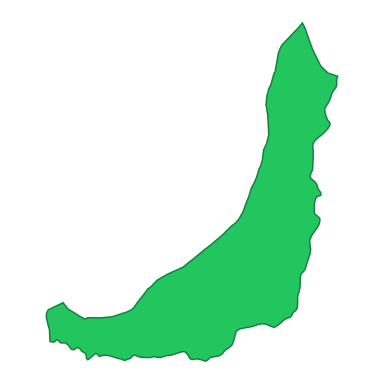 the district of El Quetzal, San Marcos, Guatemala
{"feature_id": "79465075B99595855877041", "entity_name": "El Quetzal", "entity_type": "district", "adm_level": 2, "iso_a3": "GTM", "parent_name": "Guatemala", "parent_adm1": "San Marcos", "projection": "natural_earth1", "projection_center": [-91.827, 14.794], "detail": "fine", "context": "isolated", "style": "filled", "palette": "green", "viewbox_px": 384, "rotation_deg": 0, "n_neighbors": 0, "source": "geoboundaries", "source_scale": "gbopen_adm2", "svg_char_len": 4325}
<svg xmlns="http://www.w3.org/2000/svg" viewBox="0 0 384 384"><path d="M218.5,356.0L219.8,355.3L221.4,354.5L222.6,353.4L223.8,351.8L225.4,350.0L226.5,349.2L228.2,348.3L229.8,347.0L231.0,346.0L231.9,344.9L232.7,343.3L233.6,341.0L234.7,337.0L235.2,334.7L235.8,332.6L236.3,331.4L238.5,329.6L240.8,328.6L243.9,328.0L252.9,326.4L255.4,325.5L258.0,324.4L259.6,324.2L261.6,323.9L263.4,323.8L265.0,324.0L266.7,324.4L268.3,325.1L269.8,325.8L270.9,326.3L272.2,326.8L273.3,327.1L274.5,327.1L275.5,326.8L276.9,325.9L279.8,323.7L283.6,320.3L285.4,319.0L287.1,318.2L289.8,317.3L290.7,316.8L291.6,315.6L292.7,313.7L293.3,312.5L294.2,311.5L295.4,310.7L296.5,309.4L297.1,308.2L297.5,305.4L297.5,304.1L297.7,300.4L297.6,298.4L297.7,296.1L298.0,294.6L298.9,292.4L299.5,289.8L299.9,288.0L300.2,283.9L300.3,279.8L300.3,278.0L300.4,276.2L300.7,275.1L301.3,273.7L303.1,271.9L304.6,270.1L305.7,267.6L306.8,263.7L307.7,260.7L308.8,257.5L310.0,254.1L310.3,252.8L310.5,251.0L310.6,248.9L310.1,245.8L309.7,241.7L309.8,240.2L310.3,238.7L311.8,235.3L314.2,231.8L317.1,227.8L318.9,224.6L319.5,222.6L319.9,221.0L319.8,219.7L319.6,218.1L317.8,216.4L316.2,215.2L315.3,214.5L314.4,213.2L314.3,211.7L314.3,207.8L314.5,203.9L314.7,202.0L315.0,200.6L315.5,199.1L316.0,197.8L317.0,196.8L318.0,196.2L319.6,195.6L320.7,195.4L321.0,193.8L320.5,192.1L319.6,191.1L318.6,189.6L318.0,188.6L317.5,187.1L317.3,186.0L316.6,184.2L316.0,183.2L315.3,182.3L314.4,181.4L313.1,180.4L312.1,179.6L311.3,178.8L310.6,177.9L310.2,176.7L310.4,174.7L311.1,173.0L312.0,171.1L312.6,169.1L312.9,164.0L313.1,158.1L313.2,151.1L313.0,149.0L312.8,147.0L312.8,145.7L313.0,144.4L313.5,142.9L314.5,141.2L316.5,139.1L319.4,136.6L322.6,134.1L326.1,130.6L328.0,128.4L329.0,126.7L329.8,125.4L330.0,123.8L329.5,122.2L328.8,121.5L327.8,120.4L327.2,119.5L326.6,117.5L325.6,114.5L325.1,112.7L324.8,111.0L324.8,109.8L324.9,108.6L325.3,107.3L326.2,105.9L327.6,103.9L329.5,100.5L330.6,97.7L331.4,95.0L332.1,93.2L333.0,91.3L334.2,89.5L335.9,87.5L336.6,85.7L336.7,83.1L336.6,80.1L336.8,78.8L337.7,76.3L327.9,73.0L323.5,68.8L320.7,66.0L319.3,63.2L313.5,51.4L311.7,47.0L309.6,41.2L307.2,34.4L305.6,29.8L304.1,26.1L302.3,23.0L297.9,28.3L282.1,44.8L280.7,47.3L278.4,53.1L276.3,64.8L275.1,71.8L274.1,73.1L271.5,82.4L271.1,84.1L270.7,85.2L268.8,88.5L267.9,92.6L267.0,95.4L266.0,104.6L267.7,114.5L268.8,134.7L266.7,143.3L263.6,149.8L262.4,159.7L260.5,166.5L259.3,168.1L256.6,177.3L253.6,184.0L251.4,187.8L248.8,196.6L245.8,203.8L244.2,208.8L242.4,212.8L240.6,216.1L238.8,219.2L236.2,222.3L233.3,224.7L231.9,225.6L229.5,228.1L226.0,231.2L224.3,233.2L221.5,235.9L216.4,240.1L211.2,244.5L203.5,250.5L195.6,257.1L189.1,262.2L182.9,267.2L168.0,274.0L157.4,280.0L154.7,282.7L153.6,284.0L150.3,287.3L147.9,288.8L144.7,293.2L136.6,303.6L135.0,305.9L134.1,307.3L132.9,308.5L131.2,309.9L129.7,310.6L128.1,311.4L126.9,312.0L112.0,316.8L100.0,317.9L87.8,317.7L85.1,319.1L80.3,316.6L67.6,308.7L63.1,302.6L61.3,303.6L53.9,307.0L49.9,309.0L48.2,309.9L47.3,311.6L46.5,314.0L46.3,317.3L48.3,325.9L49.4,329.2L50.0,341.6L51.4,341.8L52.7,342.0L53.8,342.1L55.2,341.2L56.1,340.1L57.4,339.8L59.2,341.1L59.8,342.2L60.9,342.9L62.2,343.0L63.4,342.9L64.8,342.8L65.7,343.0L68.1,344.9L71.0,348.8L72.1,349.6L73.2,349.7L74.2,349.6L76.1,348.2L76.9,347.6L78.7,347.8L79.9,348.7L80.5,349.6L81.2,350.6L82.7,351.9L84.1,352.4L85.3,353.3L85.8,354.2L86.2,355.8L86.4,357.4L86.6,358.5L87.7,359.7L88.7,359.3L90.0,358.2L91.6,356.7L93.8,354.8L94.6,354.1L95.9,353.4L97.6,354.2L98.5,355.5L99.3,356.4L102.0,355.7L103.2,355.3L105.5,355.2L109.2,355.7L112.0,356.4L116.0,357.8L117.5,358.2L119.3,358.7L121.1,359.0L123.8,360.1L124.7,360.3L126.2,359.9L127.6,359.2L129.0,358.8L130.0,358.6L130.8,357.9L131.8,356.8L132.5,355.9L133.4,355.4L134.7,355.2L135.8,355.4L137.3,356.1L138.4,356.6L139.7,357.0L142.2,357.3L147.4,357.6L150.4,357.5L151.9,357.2L153.2,356.7L155.3,356.7L157.4,357.3L158.9,357.5L160.3,357.5L161.4,357.4L163.4,356.5L166.4,355.7L169.8,355.3L172.1,354.9L174.5,354.1L176.5,353.4L179.3,352.5L180.3,352.3L181.6,351.8L183.3,351.6L184.5,351.8L185.4,352.1L186.4,353.2L187.9,354.9L188.8,356.5L189.4,358.0L191.3,359.4L192.7,359.5L194.7,359.2L195.7,359.0L196.8,358.9L198.6,359.1L200.2,359.4L201.7,359.9L203.6,360.6L205.2,361.0L206.2,361.0L208.2,359.5L209.4,358.2L210.3,357.4L213.4,356.9L216.1,356.4L218.5,356.0Z" fill="#22c55e" stroke="#15803d" stroke-width="1.5"/></svg>